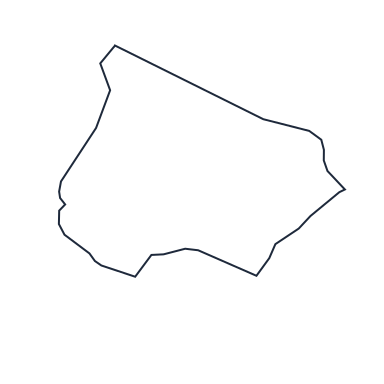 an SVG outline of Tržič, rotated 25°
{"feature_id": "SVN-1019", "entity_name": "Tržič", "entity_type": "Municipality", "adm_level": 1, "iso_a3": "SVN", "parent_name": "Slovenia", "parent_adm1": "", "projection": "robinson", "projection_center": [14.327, 46.38], "detail": "fine", "context": "isolated", "style": "outline", "palette": "slate", "viewbox_px": 384, "rotation_deg": 25, "n_neighbors": 0, "source": "natural_earth", "source_scale": "10m", "svg_char_len": 563}
<svg xmlns="http://www.w3.org/2000/svg" viewBox="0 0 384 384"><g transform="rotate(25 192 192)"><path d="M60.2,91.8L225.8,95.9L272.4,87.1L287.1,90.0L293.7,98.0L298.1,107.7L305.9,115.7L329.5,125.1L325.6,129.9L309.5,163.7L304.2,180.0L289.6,204.0L290.0,219.3L285.8,240.7L222.2,242.2L209.8,246.3L192.6,260.5L181.8,266.2L176.3,292.8L140.9,296.9L133.2,295.6L125.0,291.0L94.5,284.6L84.9,277.3L79.5,265.0L82.3,256.9L75.0,253.2L71.4,247.8L68.8,237.8L78.0,174.5L74.8,134.4L54.5,114.2L59.8,93.8L60.1,93.1L60.2,91.8Z" fill="none" stroke="#1e293b" stroke-width="2"/></g></svg>